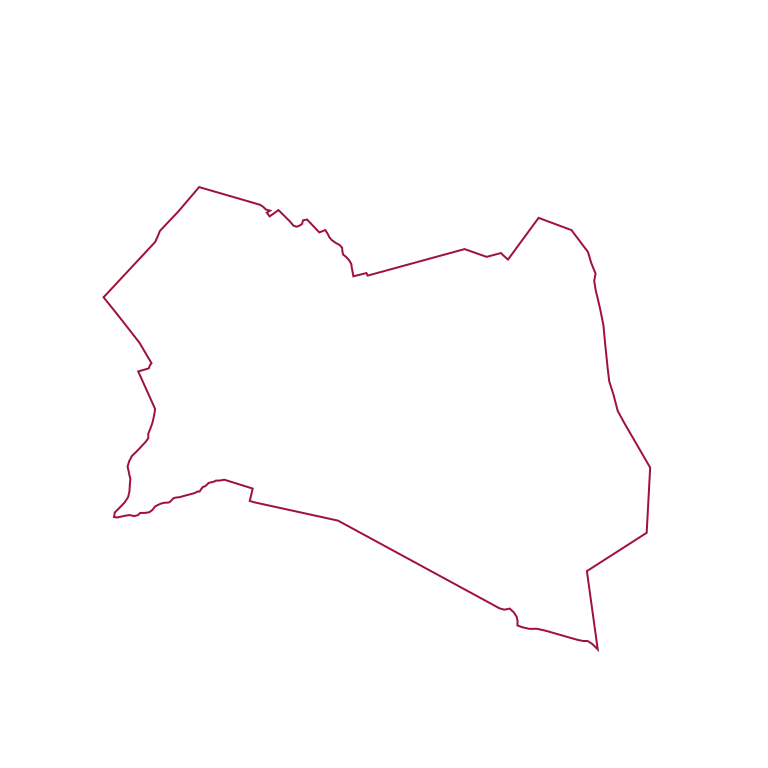 Kluang, Johor, Malaysia (Robinson projection), rotated 106°
{"feature_id": "92858781B16858061295144", "entity_name": "Kluang", "entity_type": "district", "adm_level": 2, "iso_a3": "MYS", "parent_name": "Malaysia", "parent_adm1": "Johor", "projection": "robinson", "projection_center": [103.428, 2.052], "detail": "fine", "context": "isolated", "style": "outline", "palette": "rose", "viewbox_px": 768, "rotation_deg": 106, "n_neighbors": 0, "source": "geoboundaries", "source_scale": "gbopen_adm2", "svg_char_len": 1989}
<svg xmlns="http://www.w3.org/2000/svg" viewBox="0 0 768 768"><g transform="rotate(106 384 384)"><path d="M181.7,281.2L230.2,299.1L229.3,301.0L227.6,304.5L225.9,307.7L233.5,320.4L232.1,343.7L284.3,429.6L282.2,431.5L288.9,443.1L280.1,447.5L277.8,448.4L274.7,451.6L272.5,455.1L270.8,459.0L267.9,460.6L264.6,461.8L262.6,465.0L261.7,469.2L260.0,474.0L257.8,477.2L255.0,479.7L252.2,482.9L256.1,488.0L247.1,503.3L249.0,506.9L252.7,506.9L255.0,508.8L256.9,511.3L256.7,514.8L253.8,519.0L245.9,533.4L254.4,540.1L251.6,543.9L248.8,541.3L248.8,545.8L247.1,548.7L245.9,552.5L245.7,616.0L273.4,628.6L274.7,629.2L298.6,641.6L303.5,642.1L310.5,643.1L377.2,677.1L377.9,677.5L391.9,657.7L411.7,630.5L428.1,613.2L430.1,614.1L433.8,614.4L439.7,623.7L471.0,597.2L474.9,596.6L479.4,596.2L485.1,595.9L490.2,596.2L496.9,596.9L500.9,595.6L505.4,597.2L509.6,599.4L517.2,603.3L522.6,606.5L528.8,607.7L534.2,607.7L538.1,605.5L541.8,603.6L544.9,601.7L550.2,600.7L557.3,599.1L563.2,598.8L569.4,600.7L577.9,605.2L581.8,607.4L586.3,606.8L585.8,603.6L584.1,600.4L581.8,596.2L580.1,592.4L579.8,587.6L577.9,584.4L575.1,582.8L573.9,578.4L571.9,574.2L568.6,571.7L564.9,570.4L562.6,568.0L560.4,565.4L558.8,562.7L557.7,559.4L556.8,557.6L554.3,556.2L551.8,554.9L550.5,552.7L549.1,549.2L546.5,545.1L542.2,537.8L540.8,535.7L538.8,533.7L538.2,531.6L535.5,530.8L533.0,529.8L531.6,527.8L529.6,526.5L527.4,525.3L526.0,522.7L524.5,520.2L523.2,519.0L522.2,515.5L521.1,513.3L520.0,511.0L520.7,481.4L533.4,480.8L533.5,476.5L528.0,390.6L567.8,211.2L567.8,206.2L565.2,201.2L567.8,196.2L571.3,192.2L575.3,190.2L579.3,189.2L579.7,184.2L579.3,176.7L577.1,169.3L576.6,160.3L576.6,150.8L576.6,140.8L576.6,132.9L576.6,127.9L576.2,121.9L574.9,117.4L576.6,111.9L580.2,105.4L507.9,137.4L454.6,90.5L391.0,105.1L355.8,141.7L345.5,151.9L331.1,160.4L319.4,168.2L308.3,172.9L284.9,182.3L267.0,189.3L251.9,197.1L235.4,206.4L227.1,210.3L219.5,211.1L210.6,218.1L200.9,224.3L184.4,246.2L181.7,281.2Z" fill="none" stroke="#9f1239" stroke-width="2"/></g></svg>